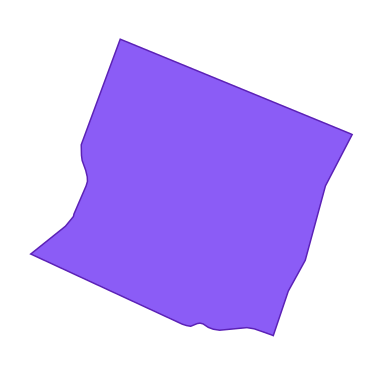 SVG path tracing the border of Trelawny, rotated 104°
{"feature_id": "JAM-1375", "entity_name": "Trelawny", "entity_type": "Parish", "adm_level": 1, "iso_a3": "JAM", "parent_name": "Jamaica", "parent_adm1": "", "projection": "robinson", "projection_center": [-77.552, 18.351], "detail": "fine", "context": "isolated", "style": "filled", "palette": "violet", "viewbox_px": 384, "rotation_deg": 104, "n_neighbors": 0, "source": "natural_earth", "source_scale": "10m", "svg_char_len": 530}
<svg xmlns="http://www.w3.org/2000/svg" viewBox="0 0 384 384"><g transform="rotate(104 192 192)"><path d="M97.5,50.5L153.8,64.0L230.9,65.6L264.9,74.6L311.7,78.4L311.4,80.3L309.7,98.4L310.3,105.9L319.4,131.7L320.0,138.2L319.4,143.5L317.3,149.3L317.3,152.5L318.4,155.1L322.6,160.8L322.9,165.0L322.6,169.5L291.2,333.5L255.8,306.5L244.4,301.1L241.9,301.2L211.6,296.2L207.0,296.0L202.6,297.3L196.8,300.3L188.0,306.2L183.2,308.1L173.0,310.9L61.1,298.6L97.2,52.1L97.5,50.5Z" fill="#8b5cf6" stroke="#5b21b6" stroke-width="1.5"/></g></svg>